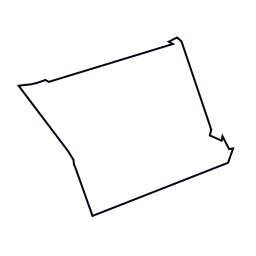 Pendleton, Kentucky, United States of America, rotated 259°
{"feature_id": "52423323B89577373709279", "entity_name": "Pendleton", "entity_type": "district", "adm_level": 2, "iso_a3": "USA", "parent_name": "United States of America", "parent_adm1": "Kentucky", "projection": "robinson", "projection_center": [-84.341, 38.702], "detail": "fine", "context": "isolated", "style": "outline", "palette": "ink", "viewbox_px": 256, "rotation_deg": 259, "n_neighbors": 0, "source": "geoboundaries", "source_scale": "gbopen_adm2", "svg_char_len": 434}
<svg xmlns="http://www.w3.org/2000/svg" viewBox="0 0 256 256"><g transform="rotate(259 128 128)"><path d="M48.5,76.4L74.8,219.6L87.9,227.3L88.0,223.2L101.8,219.2L97.7,217.5L105.0,207.0L110.7,209.4L202.9,197.0L207.5,193.4L204.9,184.5L201.9,188.1L188.4,58.9L191.0,56.0L190.6,54.2L189.6,47.2L189.4,40.9L190.3,29.9L190.3,28.7L116.9,64.7L107.1,68.4L102.4,68.0L99.6,68.7L48.5,76.4Z" fill="none" stroke="#020617" stroke-width="2"/></g></svg>